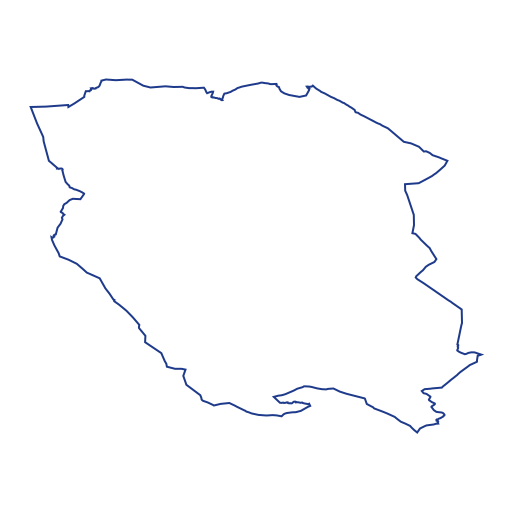 Fyresdal nor, Telemark, Norway (Natural Earth projection)
{"feature_id": "86288312B57586281322059", "entity_name": "Fyresdal nor", "entity_type": "district", "adm_level": 2, "iso_a3": "NOR", "parent_name": "Norway", "parent_adm1": "Telemark", "projection": "natural_earth1", "projection_center": [8.028, 59.145], "detail": "fine", "context": "isolated", "style": "outline", "palette": "blue", "viewbox_px": 512, "rotation_deg": 0, "n_neighbors": 0, "source": "geoboundaries", "source_scale": "gbopen_adm2", "svg_char_len": 5820}
<svg xmlns="http://www.w3.org/2000/svg" viewBox="0 0 512 512"><path d="M312.8,85.6L312.4,85.9L312.1,86.4L311.3,86.7L310.0,86.7L309.1,86.9L308.6,86.9L308.0,86.5L306.9,86.6L307.2,87.0L307.4,87.6L308.3,88.2L308.2,88.2L308.3,88.4L309.2,88.4L309.2,88.7L309.0,90.3L306.1,95.5L299.5,96.9L289.1,95.0L284.2,93.3L281.0,91.3L279.5,88.8L278.9,87.0L278.7,86.9L277.6,86.6L276.5,85.6L276.3,85.0L276.7,84.3L276.5,83.9L272.7,84.1L270.5,84.1L269.7,84.0L268.8,83.6L267.9,83.4L264.9,83.1L262.1,82.6L260.8,82.7L258.2,83.5L250.9,84.8L242.0,86.6L237.4,88.1L235.4,89.5L232.6,90.7L230.6,91.9L226.5,93.3L224.4,93.6L224.0,94.3L223.2,96.2L223.0,97.1L222.1,99.6L222.4,100.1L221.8,100.2L220.7,99.6L220.6,99.3L220.7,99.2L220.4,99.0L220.2,99.0L220.0,98.7L219.5,98.5L219.0,98.6L218.9,98.8L218.6,98.8L217.1,98.1L215.4,98.0L214.5,97.6L213.8,97.6L213.2,97.3L212.6,97.5L212.3,97.4L212.3,97.2L211.6,97.1L211.6,96.7L211.3,96.6L211.3,96.2L212.7,93.2L213.1,91.7L211.4,91.7L209.7,92.2L207.1,93.2L206.4,92.2L205.9,91.1L205.6,90.3L204.8,88.9L203.9,87.7L196.3,88.2L188.9,88.1L184.6,87.5L182.7,86.8L173.7,87.0L165.4,86.3L150.5,87.5L143.3,85.7L132.3,79.7L126.4,79.6L115.9,80.2L106.0,79.5L101.5,80.6L101.6,80.9L100.3,83.5L100.1,84.4L99.4,85.9L98.9,86.5L98.0,87.2L95.9,88.0L95.7,88.5L94.1,88.7L93.7,88.5L92.8,88.6L92.6,88.4L92.6,88.1L92.4,88.1L92.1,88.0L91.4,88.4L91.1,88.4L91.2,88.6L91.1,89.1L91.1,89.3L90.8,89.4L90.7,89.7L90.8,90.2L90.0,90.5L89.7,90.9L89.5,91.3L89.2,91.3L88.7,91.1L88.0,91.1L87.6,91.2L85.8,91.2L84.3,95.6L84.3,96.9L74.3,103.5L68.4,107.0L68.2,105.0L46.0,106.6L30.7,107.0L37.0,123.3L43.2,136.9L43.7,141.5L48.9,160.8L57.3,168.0L56.9,168.1L56.9,168.6L58.6,168.6L58.9,168.9L59.2,168.7L60.6,168.5L61.7,168.5L62.5,169.1L62.7,169.8L62.3,170.5L62.5,170.9L63.6,175.4L65.6,181.9L67.6,184.2L69.2,185.6L69.7,187.3L72.1,188.1L74.1,189.3L76.0,189.7L79.7,191.1L82.2,192.4L84.1,193.6L84.0,194.1L80.4,199.2L72.8,198.8L69.6,200.1L66.6,202.9L64.3,204.2L63.2,206.0L63.0,208.0L60.7,211.8L60.9,212.1L61.7,212.5L62.9,213.3L63.1,213.8L63.5,214.0L63.8,214.5L64.3,214.8L63.1,215.7L61.9,217.7L62.5,219.4L60.5,223.8L57.6,227.6L55.8,234.4L54.8,234.6L54.5,234.8L54.7,235.0L54.3,235.8L53.6,236.0L53.6,236.3L53.8,236.4L53.9,236.6L54.0,236.7L53.6,236.9L53.6,237.2L53.4,237.5L52.8,237.6L52.3,237.5L51.8,237.4L51.5,237.2L51.9,239.5L52.2,240.4L54.5,245.6L58.7,253.3L59.7,256.4L68.5,259.7L76.8,263.8L83.2,269.3L86.8,272.6L99.7,278.3L105.4,288.4L109.6,293.8L113.3,299.4L113.6,299.7L114.2,299.8L114.5,300.0L114.3,300.4L114.3,300.7L114.2,300.8L114.2,301.2L119.1,304.7L126.4,310.7L132.8,317.3L139.3,324.9L138.9,327.2L139.1,328.2L145.4,335.8L145.1,342.2L161.3,353.1L164.8,361.2L166.3,363.7L166.9,366.7L175.0,368.8L181.5,368.8L185.5,369.6L183.3,375.9L186.4,384.8L200.3,395.2L201.3,397.7L201.6,399.4L201.9,399.9L203.0,400.8L207.6,402.4L212.9,404.9L213.9,405.5L220.6,403.9L229.3,403.0L234.8,405.6L236.8,406.7L244.2,410.3L245.0,410.6L246.4,411.6L248.8,412.3L251.5,413.4L258.4,414.9L266.5,415.5L272.7,415.1L276.7,415.4L281.6,416.3L283.6,414.3L285.2,413.5L287.0,413.0L292.4,412.3L295.7,412.2L300.8,410.9L308.0,406.8L310.2,405.9L309.1,403.7L308.2,404.2L307.9,404.2L306.6,403.8L304.7,403.5L302.7,403.0L302.5,402.7L302.1,402.5L300.6,402.8L298.3,402.3L296.7,402.2L296.2,402.4L295.7,402.4L295.6,402.2L295.7,401.8L295.1,401.6L294.0,401.7L293.5,401.9L292.1,403.2L291.3,403.4L290.8,403.4L290.4,403.2L289.0,403.3L288.1,403.1L287.7,402.9L287.7,402.4L287.1,402.3L285.1,402.9L284.5,402.9L284.0,403.0L283.5,402.7L283.1,402.6L281.7,402.9L279.9,402.7L273.8,396.9L278.2,395.7L279.9,395.5L281.9,395.2L285.3,394.2L293.5,390.7L297.3,388.7L302.5,387.2L304.1,386.3L308.9,386.5L311.4,386.9L317.2,388.4L322.1,389.2L326.2,389.4L327.9,388.9L333.4,388.5L339.8,391.6L346.6,393.8L364.6,398.4L364.9,398.6L366.8,404.0L373.1,407.3L374.1,408.4L382.1,411.4L387.3,413.5L394.7,416.9L397.4,419.1L400.8,421.7L405.3,423.6L410.1,425.9L411.6,427.6L414.0,429.9L417.2,432.5L420.0,428.5L425.3,425.9L426.6,425.4L433.6,424.5L435.8,423.8L438.2,423.6L437.7,422.4L437.9,422.0L438.2,421.7L438.1,421.3L437.9,421.0L437.2,420.9L436.5,420.7L436.4,419.8L436.7,419.5L437.7,419.4L439.0,418.6L440.6,418.1L440.7,417.9L442.4,417.0L443.2,416.5L443.4,416.0L444.4,415.4L444.5,414.7L444.0,414.0L442.8,412.9L441.6,412.5L437.2,412.0L436.3,411.8L433.9,410.2L431.4,406.9L431.5,406.6L431.9,406.2L434.0,404.9L434.8,404.2L434.9,403.9L434.8,403.5L433.6,402.9L432.0,402.2L429.1,400.2L428.9,399.6L429.7,398.2L430.3,397.3L430.4,396.6L426.5,393.9L423.6,393.2L421.8,391.0L424.6,389.2L430.4,388.7L432.5,388.4L440.6,387.7L441.7,387.7L443.0,386.4L445.9,384.1L451.4,379.5L453.0,378.3L457.4,374.8L458.2,373.9L460.4,372.0L468.9,365.8L469.5,365.2L476.9,361.8L477.0,361.2L477.0,360.2L477.7,355.7L480.0,355.1L481.3,354.6L474.6,352.4L471.5,352.3L468.4,352.9L466.5,353.8L464.8,354.2L460.7,352.6L459.1,351.8L457.3,350.5L457.2,350.2L458.0,348.5L458.2,348.0L457.7,346.8L457.7,346.5L458.1,346.1L458.0,345.8L458.3,345.3L458.3,345.1L457.8,344.5L457.4,344.4L461.3,325.5L462.0,323.0L461.7,309.5L452.0,302.7L450.9,301.8L448.4,300.3L423.8,283.3L417.7,279.4L416.7,278.6L415.7,277.4L416.3,276.2L420.7,272.1L423.0,270.2L425.8,266.8L428.7,264.8L434.4,262.0L436.4,259.1L431.1,250.8L429.7,248.1L427.0,245.7L420.7,239.6L419.4,237.9L415.5,233.9L412.4,233.2L414.0,225.1L413.8,214.9L407.2,195.1L405.2,190.7L405.0,184.2L418.7,183.2L427.7,178.4L431.9,176.1L434.6,174.1L435.8,173.4L439.8,170.0L444.7,165.6L447.4,160.8L441.4,158.4L439.1,157.4L432.6,155.2L429.7,152.9L426.2,151.3L423.8,151.5L419.0,146.8L418.6,146.6L411.1,143.4L403.8,141.8L387.9,128.3L382.4,125.7L379.7,124.0L378.4,123.6L376.6,122.8L364.2,116.3L360.4,114.5L358.0,112.8L355.7,112.3L355.3,111.8L354.7,110.0L354.3,109.7L351.5,107.7L349.5,106.6L347.7,105.3L346.6,104.8L344.0,103.0L342.8,102.7L339.6,100.8L337.2,99.9L334.0,98.1L331.0,96.9L324.7,93.4L321.0,91.8L320.3,91.1L316.2,88.6L312.8,85.6Z" fill="none" stroke="#1e3a8a" stroke-width="2"/></svg>